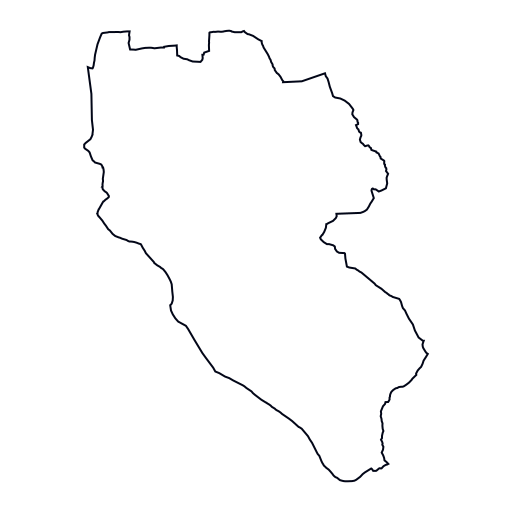 Makete, Njombe, United Republic of Tanzania (Albers equal-area conic projection)
{"feature_id": "72390352B51873582002434", "entity_name": "Makete", "entity_type": "district", "adm_level": 2, "iso_a3": "TZA", "parent_name": "United Republic of Tanzania", "parent_adm1": "Njombe", "projection": "albers", "projection_center": [34.157, -9.274], "detail": "fine", "context": "isolated", "style": "outline", "palette": "ink", "viewbox_px": 512, "rotation_deg": 0, "n_neighbors": 0, "source": "geoboundaries", "source_scale": "gbopen_adm2", "svg_char_len": 5945}
<svg xmlns="http://www.w3.org/2000/svg" viewBox="0 0 512 512"><path d="M225.1,376.6L229.2,378.1L233.1,380.4L242.8,385.3L244.4,386.3L246.4,388.0L251.5,391.4L252.9,393.1L254.9,394.8L261.3,399.7L266.0,402.6L266.5,402.7L266.8,403.1L269.0,404.4L270.7,405.6L271.8,406.8L274.9,408.7L275.6,409.5L277.0,410.4L278.6,411.2L280.6,412.6L282.0,413.9L288.9,418.6L292.2,421.1L298.7,427.0L299.4,427.2L301.7,428.7L308.0,436.2L309.8,439.5L312.1,442.9L316.7,452.1L317.7,454.0L319.3,455.8L321.6,461.5L322.7,463.6L323.2,464.2L323.6,465.1L324.4,466.1L325.2,466.7L326.1,467.7L328.7,469.6L330.5,471.6L332.5,474.0L333.4,475.3L334.2,476.1L335.4,477.1L337.1,477.8L339.9,480.1L342.3,480.8L344.2,481.2L346.6,481.3L349.7,481.2L352.1,481.1L354.4,480.7L356.2,479.8L360.2,476.8L362.7,474.1L364.9,472.4L371.2,468.5L371.8,468.9L372.7,470.1L373.2,470.9L375.7,470.9L376.4,470.7L379.0,468.5L379.5,468.3L379.9,468.2L381.0,468.5L381.6,468.3L383.5,466.2L385.7,464.9L387.0,464.6L388.3,463.9L386.4,461.9L384.5,460.4L384.1,457.9L383.2,455.4L381.7,452.6L383.0,449.7L383.4,446.8L382.3,444.7L382.6,443.4L382.1,441.7L381.0,439.7L382.0,438.1L382.0,435.9L382.7,432.7L383.4,431.0L382.7,428.9L382.4,425.8L382.5,423.3L381.7,421.0L381.5,418.9L380.7,416.2L381.2,413.8L380.9,411.3L383.0,406.2L385.0,404.0L385.5,402.1L388.1,402.0L389.1,400.5L389.6,399.3L389.5,397.9L390.0,396.4L390.0,395.5L390.3,394.2L390.8,393.1L391.0,392.5L391.6,391.6L393.2,390.0L395.4,388.5L396.1,388.2L397.3,388.0L398.8,387.1L400.6,386.8L402.8,386.7L403.5,386.4L404.0,386.2L406.4,384.6L408.9,382.7L409.9,381.7L411.7,379.8L412.3,378.8L416.3,374.9L416.1,373.5L417.7,370.5L419.6,368.3L421.1,366.9L422.6,363.7L423.6,360.6L426.0,356.9L427.8,353.9L426.4,352.9L425.5,351.7L423.9,349.1L423.3,348.1L422.8,346.8L422.5,344.5L423.1,342.5L423.7,340.8L422.9,340.8L418.6,337.5L414.9,330.5L412.9,324.5L408.9,318.6L406.4,313.6L405.0,310.5L402.9,308.1L402.1,306.0L401.0,302.0L400.1,300.3L399.2,298.9L392.6,296.9L391.5,296.1L389.6,295.4L388.9,294.9L388.6,294.4L387.6,293.9L386.6,292.9L385.3,292.2L381.6,288.9L375.8,285.2L374.6,283.6L361.4,272.5L359.6,271.6L357.9,270.3L356.7,269.7L355.3,268.5L349.2,267.5L346.9,266.6L345.4,258.5L345.0,253.7L344.5,253.1L339.1,252.8L336.9,251.5L335.1,248.9L334.8,246.5L333.2,245.3L329.0,244.1L326.9,244.1L323.7,242.1L320.8,239.3L320.1,237.7L321.9,235.1L322.4,234.9L324.2,231.9L325.9,227.7L326.3,224.2L326.6,224.2L328.2,223.2L333.0,220.9L335.8,218.1L336.7,216.2L336.4,213.8L360.4,212.9L363.2,211.9L364.8,211.1L366.9,209.6L368.8,206.6L370.3,203.6L371.7,201.6L373.8,198.1L371.5,190.7L371.7,189.5L372.0,188.9L372.8,188.5L373.9,189.3L375.6,189.3L378.8,191.5L381.5,190.5L385.9,188.3L387.2,183.4L386.7,179.7L386.6,177.8L387.1,176.2L388.1,173.8L386.0,171.0L386.4,169.4L386.2,168.1L385.5,167.5L384.9,165.6L385.0,164.6L384.2,163.9L384.2,162.3L384.3,161.1L384.0,160.6L380.7,158.5L380.5,156.9L380.0,156.5L378.6,153.5L376.4,152.4L376.3,151.6L372.7,150.4L371.4,149.9L370.9,148.0L369.7,147.3L368.9,145.9L368.4,145.4L367.4,145.5L365.1,146.2L363.8,145.0L362.9,143.8L361.7,143.0L360.6,142.0L359.9,139.6L360.5,137.4L361.3,135.7L361.3,134.7L360.9,132.7L359.6,132.2L359.0,131.3L358.4,129.4L357.2,128.3L356.0,125.1L358.1,124.1L358.1,122.7L357.5,121.8L357.4,120.3L357.0,119.6L354.0,117.1L352.3,114.3L352.5,112.4L353.4,110.0L352.8,108.8L349.1,104.0L344.7,100.6L340.3,98.5L335.1,97.5L333.0,96.1L332.2,93.3L329.8,86.7L328.6,82.0L327.5,78.5L325.8,76.2L325.0,73.3L301.8,81.3L283.1,82.2L283.3,81.3L282.3,80.2L280.5,76.8L278.5,74.2L278.1,74.0L277.5,73.4L276.9,73.1L274.8,70.1L274.6,68.6L274.3,68.1L273.6,67.5L273.0,66.6L272.6,65.3L272.6,64.5L272.2,63.7L271.2,62.1L270.5,59.7L269.6,58.4L269.0,56.7L267.7,54.1L263.6,47.5L263.0,45.7L262.3,44.6L261.8,43.0L261.6,41.5L261.7,41.1L258.2,39.3L253.1,35.9L249.0,34.3L247.6,34.1L244.8,32.1L244.7,32.0L244.0,31.0L242.7,31.4L241.3,32.2L234.7,32.2L231.6,31.5L231.2,31.1L229.2,30.7L226.7,30.9L224.2,31.3L223.1,31.6L221.0,31.8L218.7,31.6L217.6,31.6L215.2,31.9L213.5,31.8L211.3,32.2L210.1,32.3L209.6,32.5L209.4,32.8L209.4,35.2L209.0,41.2L209.1,42.6L208.9,45.1L209.1,50.9L204.2,52.6L203.6,54.7L203.0,54.8L202.4,54.8L202.7,58.1L202.3,59.8L200.5,61.9L192.7,61.5L189.0,60.2L187.3,59.3L183.5,58.7L180.6,57.2L179.2,56.0L177.2,55.5L177.0,50.0L176.7,47.0L176.7,45.4L175.1,45.6L168.7,46.0L164.1,46.8L164.0,47.5L161.1,47.5L154.5,48.3L151.7,47.8L149.8,47.7L145.2,47.9L142.0,48.4L135.7,49.8L133.6,49.6L130.1,49.5L128.6,43.0L129.5,39.7L129.5,37.0L129.0,35.2L129.6,31.4L127.2,31.4L123.4,31.7L120.5,32.2L118.2,32.0L108.8,32.1L107.8,32.4L102.9,33.0L101.7,33.6L100.1,37.3L97.5,44.3L95.1,54.6L94.7,57.7L94.5,60.5L94.0,62.6L93.6,65.5L92.9,67.8L92.5,68.4L90.2,68.1L87.8,67.1L91.4,93.9L91.9,120.0L93.0,129.8L92.4,134.6L92.5,134.7L91.5,137.1L90.4,139.2L85.6,143.0L84.2,144.5L84.2,147.6L85.1,148.7L88.3,150.9L89.6,152.4L90.9,156.3L92.6,160.3L94.1,161.5L95.0,162.5L99.6,163.8L100.7,164.2L101.4,164.7L102.2,166.1L102.4,166.9L102.5,166.8L103.0,167.3L103.3,168.2L103.3,168.4L103.6,169.8L103.8,172.0L102.8,179.0L103.0,180.1L103.0,181.8L102.8,182.1L102.5,184.3L102.6,186.2L102.4,186.5L102.5,186.5L102.5,188.0L102.8,189.3L104.7,191.3L106.5,192.5L107.2,193.3L107.6,194.0L108.9,196.1L108.7,197.2L107.1,198.6L105.6,199.6L103.7,201.4L103.3,201.5L102.5,202.8L98.9,209.2L98.7,209.3L97.6,212.2L97.5,214.0L97.4,214.0L97.9,215.3L98.6,216.4L98.8,216.4L102.4,220.7L104.2,223.5L105.9,225.7L108.2,229.2L109.9,230.5L112.6,233.9L115.2,236.0L118.7,237.4L119.9,237.7L122.1,238.7L126.5,240.0L128.1,241.0L129.4,241.5L131.8,241.6L134.2,242.0L136.6,242.7L139.1,243.7L140.7,244.1L141.3,245.0L142.7,247.7L144.7,250.8L145.9,253.2L153.9,262.1L154.4,263.2L154.7,263.3L157.2,265.3L160.0,266.9L161.2,268.0L162.6,268.8L163.3,269.4L165.5,272.1L167.5,275.2L169.5,278.9L170.8,281.6L171.7,284.3L172.3,291.6L172.9,297.0L172.7,300.5L171.7,303.6L170.9,304.6L170.2,305.2L171.0,310.5L172.8,314.4L175.3,318.3L178.2,321.6L185.9,325.8L188.1,329.0L194.3,339.7L202.4,353.1L205.8,357.8L213.2,367.7L215.3,371.5L219.2,373.1L225.1,376.6Z" fill="none" stroke="#020617" stroke-width="2"/></svg>